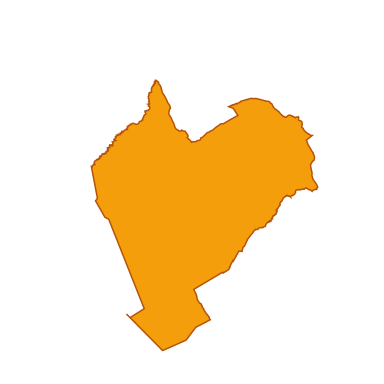 the district of Rosario de la Frontera, Salta, Argentina, rotated 139°
{"feature_id": "61730980B41964155809664", "entity_name": "Rosario de la Frontera", "entity_type": "district", "adm_level": 2, "iso_a3": "ARG", "parent_name": "Argentina", "parent_adm1": "Salta", "projection": "robinson", "projection_center": [-64.783, -25.907], "detail": "fine", "context": "isolated", "style": "filled", "palette": "amber", "viewbox_px": 384, "rotation_deg": 139, "n_neighbors": 0, "source": "geoboundaries", "source_scale": "gbopen_adm2", "svg_char_len": 6031}
<svg xmlns="http://www.w3.org/2000/svg" viewBox="0 0 384 384"><g transform="rotate(139 192 192)"><path d="M100.9,113.6L99.8,113.9L97.4,113.2L97.1,112.9L96.9,112.5L96.1,112.3L95.9,112.9L95.4,113.1L95.0,112.9L93.9,113.2L93.0,115.9L92.4,122.1L90.7,125.8L88.9,127.6L86.2,132.6L84.7,134.8L80.9,136.1L79.2,135.9L77.9,136.7L76.2,138.6L75.6,140.7L74.9,142.1L74.8,143.7L73.3,151.8L71.6,156.1L64.2,155.8L65.1,156.7L65.5,157.8L66.9,162.5L66.8,163.7L67.1,164.8L66.4,166.9L66.3,167.3L66.8,168.4L66.4,169.4L64.6,170.5L63.3,172.3L63.0,173.2L63.1,173.9L64.2,175.8L64.3,176.3L64.0,176.9L62.5,178.4L62.4,179.1L62.9,179.1L64.2,180.1L65.3,180.2L65.4,181.1L65.9,181.9L66.0,182.6L66.7,183.2L66.6,184.0L67.2,184.7L67.3,185.2L67.9,186.0L68.8,186.6L72.2,186.8L72.7,187.2L72.8,188.2L73.7,189.8L73.9,194.6L73.7,195.9L74.2,196.8L74.3,198.9L75.0,200.3L74.8,202.9L73.9,206.5L74.4,207.5L74.5,208.3L74.3,209.2L74.5,209.9L75.8,211.1L82.4,220.7L84.5,222.2L84.9,222.9L86.8,224.4L89.7,225.4L89.6,225.7L95.6,228.4L95.7,228.2L100.5,229.1L100.5,229.8L103.8,230.5L103.7,231.0L108.3,232.3L106.0,228.3L107.1,219.7L116.7,221.7L123.4,222.9L125.4,224.4L126.2,224.7L127.3,224.6L131.0,225.1L136.5,225.2L138.4,226.1L139.6,225.8L141.4,226.8L148.2,226.4L149.9,227.0L150.4,226.4L151.7,226.0L152.7,226.2L154.4,227.4L156.0,227.5L157.0,228.1L158.3,229.5L159.7,229.8L159.5,230.3L159.5,232.0L160.0,236.1L159.0,236.3L158.3,236.7L157.7,238.4L157.3,242.4L158.7,244.0L159.3,245.6L160.4,245.5L161.8,246.3L161.9,247.6L162.7,249.9L162.4,251.9L160.9,255.5L159.8,259.7L159.3,261.1L158.6,264.6L158.0,266.8L155.0,268.9L154.1,269.3L153.3,269.3L152.0,272.2L151.7,275.4L150.8,277.9L149.5,283.6L149.3,286.3L149.0,287.1L148.1,288.3L147.7,289.7L147.2,290.3L146.4,292.2L146.1,293.5L146.2,295.6L145.2,296.7L145.8,299.8L146.3,300.4L146.7,300.2L146.3,299.6L146.4,299.3L146.9,299.1L148.1,299.6L148.0,299.0L148.4,298.3L148.9,298.9L149.8,298.4L150.1,298.0L150.0,297.6L150.5,297.6L151.0,298.1L151.3,297.8L151.7,297.8L151.9,297.3L153.1,297.5L153.7,297.1L154.0,297.1L154.3,296.7L155.1,296.4L155.6,295.6L156.5,294.7L156.8,294.0L157.4,293.9L157.7,294.3L159.0,295.0L159.6,294.3L160.2,294.3L160.4,293.7L161.1,293.5L161.3,293.1L162.3,292.9L162.5,292.3L163.2,291.6L163.5,290.9L163.8,290.6L164.0,289.5L164.2,289.0L164.8,288.9L165.1,288.5L165.5,288.6L165.9,286.8L166.5,286.6L167.5,287.1L167.0,286.1L167.4,285.7L168.5,285.5L168.2,284.9L168.2,284.0L168.5,283.3L168.9,282.9L170.1,282.4L171.9,282.4L172.4,283.1L173.5,283.2L174.2,284.0L174.6,283.8L175.1,282.9L175.2,282.0L176.0,281.0L177.7,281.4L178.1,281.0L178.4,281.0L179.5,280.2L180.0,280.3L180.3,280.0L180.6,280.0L181.8,278.8L182.1,279.2L183.9,278.7L184.5,279.3L185.5,279.6L187.0,278.9L188.9,279.0L189.5,279.5L190.7,281.4L191.1,281.8L191.1,282.1L191.4,282.5L192.2,283.0L193.9,282.9L194.2,283.6L194.8,283.2L195.6,283.6L196.7,283.8L196.8,283.4L197.1,283.3L198.0,283.3L198.2,283.5L198.5,282.7L199.6,282.5L199.6,281.8L200.4,281.8L200.9,282.7L203.5,282.9L204.5,282.4L204.9,282.7L204.6,283.1L205.0,283.7L205.2,283.4L205.8,283.5L206.0,283.3L206.1,282.7L206.3,282.8L206.3,283.1L206.9,283.1L207.2,283.4L207.4,282.7L208.2,282.8L208.4,282.5L209.1,283.7L209.6,283.5L209.6,283.1L210.3,283.2L210.3,283.9L211.4,283.8L211.4,284.2L211.8,284.5L212.5,283.7L213.3,283.8L213.3,283.3L213.8,283.5L213.9,283.1L215.0,282.7L216.5,282.9L216.7,282.3L216.2,282.1L216.2,281.6L216.0,281.1L216.5,281.4L217.7,281.4L218.5,281.8L219.4,281.2L219.5,281.5L219.9,280.5L220.9,280.0L220.8,279.6L221.3,279.0L221.5,279.7L222.0,279.4L222.4,279.6L222.5,280.0L222.2,280.7L222.5,280.9L222.8,280.6L223.1,281.5L223.3,281.5L223.5,281.1L224.1,281.0L224.7,279.6L224.9,280.0L225.6,280.1L226.7,280.8L226.7,280.5L227.2,280.1L226.9,279.3L227.0,279.1L228.0,278.5L227.9,279.5L228.3,279.4L229.0,277.9L230.3,278.9L230.7,278.7L231.2,277.6L231.4,277.5L231.6,277.8L232.2,278.3L233.0,278.0L233.1,278.8L234.2,278.7L234.7,279.0L234.9,279.4L234.7,279.6L234.9,279.7L235.8,279.0L237.6,278.5L237.8,278.7L237.5,279.0L237.5,279.3L237.9,279.5L238.2,279.6L238.5,278.8L238.5,278.1L239.3,278.1L239.8,278.5L239.9,278.4L239.8,278.0L240.2,277.7L240.4,277.8L240.3,278.2L240.4,278.4L241.5,278.1L241.7,278.6L242.2,278.4L242.8,279.1L243.6,278.7L245.4,279.1L245.9,278.8L246.7,278.1L246.8,277.6L247.3,277.4L247.3,276.4L247.6,276.4L247.9,277.2L248.2,277.4L249.8,277.1L250.5,276.6L250.6,277.2L251.1,277.5L267.5,249.3L270.6,248.6L274.3,230.1L272.7,226.1L304.6,135.3L321.2,137.8L321.5,142.9L318.2,91.6L293.6,84.1L278.0,87.4L262.0,83.6L261.8,85.3L261.1,86.5L260.9,92.1L260.6,93.0L260.5,94.9L259.7,96.4L259.9,97.6L259.7,98.3L259.1,99.8L259.1,100.4L258.5,101.3L259.2,103.5L258.5,107.3L258.1,108.3L256.9,110.0L255.9,112.3L254.6,117.4L221.6,111.4L221.7,110.4L215.3,109.4L212.5,110.4L212.6,110.8L206.2,113.4L206.3,112.7L195.4,116.6L193.2,114.3L189.8,116.8L187.9,116.7L180.8,119.9L175.6,121.0L173.2,121.2L171.1,122.0L169.6,121.8L168.6,122.2L167.3,120.8L166.7,120.6L164.9,120.9L163.9,120.3L163.0,119.4L162.5,119.3L161.9,118.6L160.9,118.7L159.5,118.0L158.7,118.2L157.8,119.0L155.7,119.5L155.1,119.2L154.5,119.4L154.0,118.9L153.5,119.4L153.2,118.8L152.4,119.2L152.3,118.6L151.6,118.6L151.3,118.3L150.9,118.9L150.4,118.9L149.3,119.7L148.9,119.1L148.6,119.8L147.6,120.0L147.1,120.7L146.7,120.5L146.2,120.8L145.2,120.2L144.4,120.3L144.0,120.6L143.6,120.2L142.9,120.3L142.5,120.8L141.5,120.9L141.1,121.6L140.4,121.7L140.2,122.0L140.4,123.1L140.0,123.3L139.5,122.9L138.9,123.5L138.3,123.3L137.2,123.5L135.7,124.2L135.2,124.1L134.8,124.4L134.3,124.2L133.5,125.0L133.4,125.6L132.6,126.0L132.1,125.9L131.9,126.1L131.6,126.0L131.0,126.5L129.8,126.2L128.5,127.1L127.5,127.1L127.0,127.5L126.0,127.6L125.1,127.3L123.6,127.4L123.3,126.9L122.7,127.3L122.5,126.6L122.1,126.4L121.9,125.4L121.5,125.1L121.3,124.6L120.8,124.4L120.8,123.5L120.5,124.0L120.1,123.9L119.7,124.1L119.0,123.8L118.6,123.3L118.2,123.2L117.8,123.5L116.1,122.9L115.7,123.3L114.0,123.8L113.2,124.9L112.2,125.1L111.6,124.9L111.1,124.3L109.6,123.7L109.0,122.5L107.0,122.0L105.7,120.6L103.5,120.4L102.5,118.6L102.5,117.4L102.0,116.6L101.3,116.1L100.9,113.6Z" fill="#f59e0b" stroke="#b45309" stroke-width="1.5"/></g></svg>